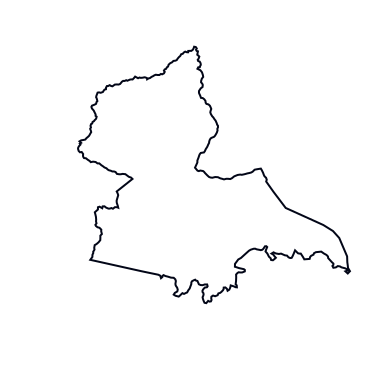 Talismã, Tocantins, Brazil, rotated 68°
{"feature_id": "56859067B11733116520927", "entity_name": "Talismã", "entity_type": "district", "adm_level": 2, "iso_a3": "BRA", "parent_name": "Brazil", "parent_adm1": "Tocantins", "projection": "orthographic", "projection_center": [-49.065, -12.67], "detail": "fine", "context": "isolated", "style": "outline", "palette": "ink", "viewbox_px": 384, "rotation_deg": 68, "n_neighbors": 0, "source": "geoboundaries", "source_scale": "gbopen_adm2", "svg_char_len": 5999}
<svg xmlns="http://www.w3.org/2000/svg" viewBox="0 0 384 384"><g transform="rotate(68 192 192)"><path d="M69.2,134.5L68.0,135.0L66.7,135.7L63.8,133.8L63.0,134.8L61.6,135.0L60.7,133.8L59.0,134.2L58.1,135.6L59.3,136.6L60.4,137.9L60.9,139.7L59.8,142.6L61.0,143.2L60.5,144.4L59.3,145.7L59.6,147.4L60.4,148.8L60.2,150.4L61.5,152.0L62.0,153.5L63.0,155.4L64.0,156.8L64.0,158.3L63.5,160.1L64.3,162.0L64.4,163.9L65.2,166.0L66.7,167.2L67.0,168.6L68.1,169.9L68.1,171.4L69.0,172.6L70.4,172.3L71.5,173.6L71.7,175.6L70.9,176.6L71.3,178.4L70.6,180.1L69.7,181.7L69.7,183.2L70.0,184.7L70.1,186.4L70.6,188.2L70.4,189.7L70.7,191.4L69.5,191.1L68.4,192.2L67.8,193.2L67.6,194.7L67.0,196.7L66.2,197.8L66.3,199.4L65.3,200.2L63.7,201.5L64.6,203.1L65.4,204.9L64.8,206.3L64.5,207.6L64.6,209.0L64.6,210.3L63.7,211.1L63.8,212.8L63.2,214.2L63.5,215.7L64.2,216.9L64.9,218.2L64.9,219.7L64.1,221.5L63.5,223.2L63.8,224.6L64.2,226.1L63.5,227.2L62.1,228.3L62.3,230.0L61.9,231.2L63.0,232.6L64.5,233.3L64.3,234.7L64.9,235.8L65.9,237.2L65.8,239.5L64.8,240.9L64.5,242.3L65.6,243.3L67.0,244.6L68.2,245.4L69.4,245.3L71.0,245.5L72.3,245.7L72.8,246.8L74.3,247.9L74.5,249.5L74.5,250.9L74.5,252.4L75.4,253.4L77.1,253.5L78.5,253.0L79.7,252.6L81.5,252.5L83.9,252.3L85.3,252.9L86.4,252.2L87.6,253.0L88.4,253.9L88.9,255.3L89.6,256.4L89.8,257.9L91.1,258.9L91.2,260.1L92.6,261.3L94.3,261.5L95.3,262.8L97.1,262.8L98.7,263.0L99.6,264.2L101.3,266.3L101.9,267.8L102.6,269.9L103.4,271.2L103.1,273.1L102.6,275.4L102.9,277.3L104.9,276.4L105.1,277.9L106.3,277.7L107.0,279.3L108.1,280.8L109.3,281.5L111.5,281.7L113.2,281.0L113.6,279.3L116.0,278.7L117.4,279.4L118.5,279.7L120.1,279.4L121.0,277.7L123.0,276.6L125.0,275.2L126.4,274.7L126.8,272.4L128.1,270.1L130.1,268.9L130.8,267.2L133.2,266.0L135.1,264.7L136.4,264.0L138.0,262.4L139.5,261.8L140.7,260.9L141.9,259.3L143.1,258.2L143.7,256.7L144.8,255.4L147.1,254.8L148.2,253.0L148.9,251.3L149.2,249.6L150.5,247.1L154.2,244.9L155.8,243.1L157.6,242.3L163.3,261.6L164.5,261.5L165.9,261.5L167.3,261.6L171.6,265.0L172.8,265.5L173.9,265.8L177.1,266.0L178.9,266.3L178.0,267.2L177.2,269.1L177.9,271.6L176.7,272.7L176.6,274.4L176.1,275.7L174.3,277.5L172.5,278.5L171.9,280.2L173.4,281.3L171.0,283.2L170.9,284.9L173.0,285.8L174.4,289.7L176.8,290.0L179.2,290.4L181.7,291.2L183.3,292.0L185.3,292.3L186.3,293.9L187.5,293.8L189.3,292.8L190.5,291.2L192.9,290.2L194.4,290.9L197.2,291.3L198.1,293.3L200.1,294.1L202.3,295.1L203.6,297.4L204.5,300.0L204.8,302.1L207.2,303.6L208.9,304.0L210.4,306.0L211.6,306.4L212.9,307.8L214.9,308.7L216.8,311.7L246.6,268.4L249.9,263.5L256.1,254.2L257.7,252.8L260.3,253.0L259.7,251.3L258.7,250.7L258.4,249.5L259.9,248.2L261.5,246.0L262.4,244.9L263.5,243.6L264.7,241.1L266.7,240.2L268.5,240.3L271.0,241.8L272.3,242.1L273.5,242.0L275.0,241.6L277.2,241.8L278.7,242.9L279.1,245.7L280.3,247.4L282.0,246.2L284.0,243.5L283.5,242.0L282.2,238.8L283.5,237.6L283.3,235.3L283.3,234.1L281.7,232.2L280.6,230.3L278.8,228.7L277.2,227.2L275.5,226.4L274.7,225.3L274.5,223.2L274.5,221.9L275.6,221.5L276.5,220.3L278.4,220.2L280.1,220.2L281.5,218.9L282.4,217.0L282.5,214.8L283.4,212.6L285.2,212.8L285.9,213.8L285.4,216.0L286.5,218.2L287.5,219.3L288.7,219.7L290.1,219.3L291.5,219.7L292.6,220.6L293.5,221.6L295.2,221.9L297.4,222.0L299.4,221.9L300.4,220.4L299.0,217.8L300.2,216.8L300.5,215.4L299.4,214.3L297.8,214.0L296.3,213.2L295.9,211.3L297.3,209.6L297.3,206.9L295.9,205.5L296.1,203.9L295.7,202.3L294.7,200.1L293.9,199.1L292.5,198.4L293.0,196.8L294.8,195.9L296.9,196.0L296.5,194.0L294.9,192.3L293.1,191.1L295.3,188.4L296.5,187.4L297.2,186.1L295.3,185.5L293.9,186.1L291.0,184.5L287.7,183.0L285.0,182.0L284.1,180.1L283.9,178.8L284.7,177.4L285.4,175.6L285.4,172.8L284.1,172.2L283.0,172.8L280.1,177.0L278.2,179.2L277.4,180.2L274.8,179.1L271.9,174.4L271.5,171.3L269.4,165.6L267.8,161.2L267.5,159.2L267.7,156.2L268.2,154.7L269.4,153.5L271.0,151.0L271.7,150.0L271.9,148.4L271.4,147.1L269.7,144.7L270.1,143.4L271.2,142.9L273.1,144.8L274.7,146.1L277.2,145.2L280.8,144.9L282.9,143.9L284.7,144.1L285.6,142.5L285.0,140.5L284.4,138.9L282.5,139.6L280.8,139.9L278.9,141.3L278.5,139.0L280.3,137.4L282.0,134.7L282.5,132.5L285.5,129.6L286.6,127.7L288.7,127.0L290.0,125.7L290.4,124.3L289.4,123.0L287.4,120.9L284.7,118.3L288.5,116.7L289.3,115.6L289.9,114.2L294.1,113.4L296.5,113.1L298.1,108.0L296.5,106.8L295.8,105.5L295.6,102.8L294.5,101.9L294.2,99.7L295.7,94.5L298.5,92.7L300.7,90.9L302.7,90.1L304.3,90.5L309.7,88.5L311.3,87.7L312.5,88.2L313.2,89.5L315.2,89.3L315.8,86.8L315.3,84.6L316.5,82.6L317.8,81.7L320.1,78.6L321.1,77.7L323.1,77.3L323.0,79.5L325.9,78.1L324.6,75.2L320.9,75.8L318.5,75.1L315.3,74.3L309.8,72.3L289.8,72.7L281.0,75.9L271.8,82.6L241.9,111.1L222.3,116.4L210.1,119.3L208.6,118.1L206.6,118.0L204.5,118.9L202.9,119.0L200.9,118.9L198.1,119.1L196.1,119.4L195.1,123.9L194.8,125.6L195.9,128.2L196.1,129.8L195.9,131.6L195.5,133.7L195.3,135.8L195.1,137.2L194.7,139.4L193.9,140.8L193.3,143.3L193.3,147.0L194.2,149.9L194.3,151.7L193.3,153.6L192.6,155.3L192.3,157.6L191.0,159.2L189.9,160.7L188.0,162.4L186.8,164.9L186.4,167.8L185.5,169.4L184.4,170.6L182.3,171.6L179.1,172.9L177.9,173.2L176.7,173.9L175.2,176.3L175.2,177.8L174.3,178.9L170.6,180.1L166.7,176.0L164.8,175.2L162.7,173.2L160.8,171.6L159.9,170.7L159.1,169.3L159.4,167.8L159.8,166.1L158.9,164.7L157.5,163.3L155.8,160.9L154.1,159.2L152.9,157.8L151.6,157.1L150.2,155.9L149.3,154.6L149.1,153.4L149.1,151.0L148.6,149.8L147.6,148.4L146.2,146.7L144.4,145.2L143.0,144.9L141.7,143.6L140.1,143.1L139.0,143.5L137.7,143.3L134.6,143.4L133.0,143.9L130.8,144.3L129.4,144.9L126.7,145.3L125.0,145.2L123.8,144.4L122.2,143.0L120.4,143.0L118.7,143.1L117.0,143.9L115.7,145.6L114.3,145.9L112.6,145.4L110.6,145.9L108.9,146.9L108.1,148.4L105.4,148.3L104.1,148.4L102.7,148.4L101.0,147.7L100.2,146.6L99.2,145.1L98.6,142.9L96.8,141.9L95.5,141.9L93.7,142.5L92.4,141.9L90.6,140.4L89.5,138.5L87.7,138.1L84.8,137.9L82.3,138.6L79.8,140.8L78.7,139.5L79.2,138.0L78.2,137.2L77.4,136.2L75.8,135.8L74.0,136.0L72.9,137.2L71.6,137.2L70.9,136.0L69.2,134.5Z" fill="none" stroke="#020617" stroke-width="2"/></g></svg>